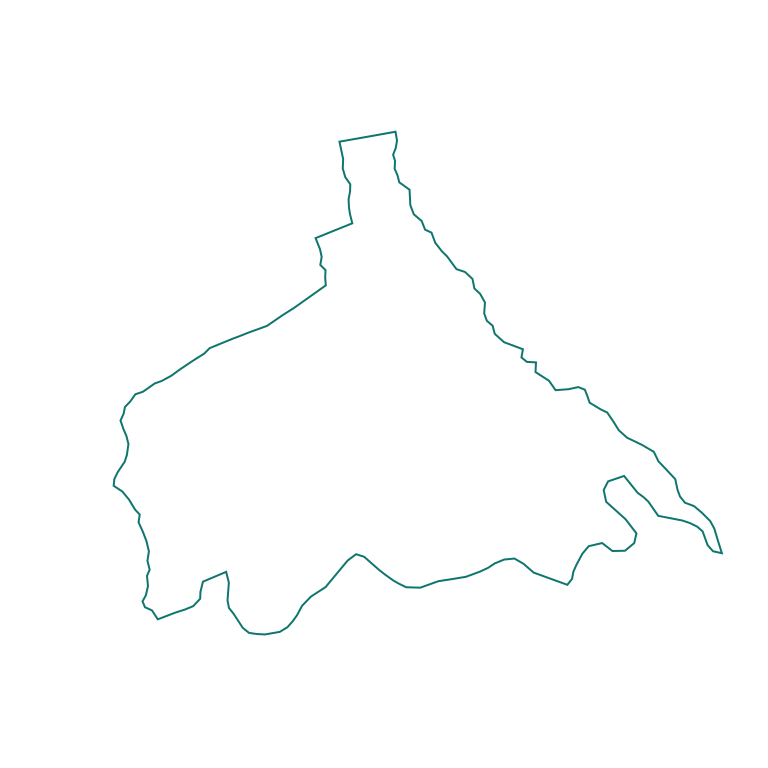 the district of Ibiporã, Paraná, Brazil, rotated 76°
{"feature_id": "56859067B81750703494114", "entity_name": "Ibiporã", "entity_type": "district", "adm_level": 2, "iso_a3": "BRA", "parent_name": "Brazil", "parent_adm1": "Paraná", "projection": "mercator", "projection_center": [-51.033, -23.227], "detail": "fine", "context": "isolated", "style": "outline", "palette": "teal", "viewbox_px": 768, "rotation_deg": 76, "n_neighbors": 0, "source": "geoboundaries", "source_scale": "gbopen_adm2", "svg_char_len": 2442}
<svg xmlns="http://www.w3.org/2000/svg" viewBox="0 0 768 768"><g transform="rotate(76 384 384)"><path d="M595.8,568.0L598.2,560.1L599.3,545.1L596.6,536.5L592.1,530.0L587.3,524.3L579.4,517.2L572.6,506.3L566.9,489.8L546.5,462.0L542.4,452.3L546.8,445.1L563.4,433.6L568.9,429.3L576.8,422.6L581.4,417.8L586.6,411.6L590.4,398.1L588.5,379.0L589.7,365.8L590.9,351.2L589.3,336.5L587.6,327.6L584.9,320.0L583.4,309.9L584.9,299.7L592.1,292.2L603.2,284.4L623.2,254.7L618.6,248.7L612.0,245.7L606.3,241.3L596.6,232.5L590.9,224.6L591.1,210.8L601.3,202.8L604.1,190.5L598.9,179.7L590.0,175.2L573.7,182.3L552.1,196.9L540.0,196.5L532.7,190.1L531.3,173.3L551.0,164.2L556.5,159.6L562.0,156.0L578.3,149.8L588.5,127.8L592.8,121.0L598.2,114.6L604.1,110.5L618.6,109.0L625.9,105.2L629.9,97.1L618.4,97.8L604.1,98.5L595.8,100.7L585.8,106.7L577.5,112.7L572.0,120.7L564.8,124.0L557.6,124.8L546.8,124.4L537.8,129.4L525.4,136.4L515.1,138.6L510.2,143.6L505.4,148.5L495.0,161.1L485.8,167.3L475.7,170.6L465.7,174.3L460.9,180.0L451.9,189.0L444.7,189.6L438.1,190.5L434.0,196.2L433.7,206.2L431.5,219.0L420.8,223.1L409.1,234.1L399.8,231.3L397.1,240.0L391.5,244.2L383.9,240.8L372.5,257.4L362.1,264.4L353.8,264.5L347.6,268.9L339.7,269.7L329.3,266.3L319.8,268.9L313.2,273.2L303.5,272.7L294.9,278.3L290.1,285.9L275.5,291.9L269.3,295.7L259.4,300.1L248.6,301.3L244.2,306.8L235.0,308.0L226.6,314.0L216.9,315.2L201.7,312.2L192.0,320.4L184.7,320.4L177.7,321.6L170.2,319.3L163.8,319.7L157.8,315.5L151.0,312.5L142.0,311.8L138.1,368.6L155.8,369.2L165.0,371.9L174.1,371.5L182.0,368.4L188.9,370.3L196.2,373.7L204.4,375.3L211.0,375.9L220.4,375.9L225.9,415.1L237.6,413.5L245.5,413.7L253.1,417.0L259.3,413.2L266.9,415.4L274.2,416.6L288.3,452.6L292.7,465.8L299.3,483.5L301.3,502.7L302.7,513.2L303.5,520.2L307.0,544.4L311.0,551.1L314.1,560.5L316.7,568.0L320.7,579.0L324.5,588.3L327.3,599.2L328.0,606.3L333.2,619.8L333.8,627.7L339.7,634.6L343.6,640.9L349.8,643.8L355.7,648.5L365.0,647.7L372.2,646.5L380.4,646.5L390.8,650.7L396.7,654.4L405.3,663.9L411.1,668.7L417.4,670.9L425.0,663.9L434.4,659.4L445.7,655.9L451.6,652.6L458.8,655.6L469.2,653.7L478.9,652.5L489.5,652.6L498.3,656.3L507.5,656.3L512.9,660.4L523.0,661.9L531.3,666.1L536.5,670.9L542.8,669.9L547.5,663.9L557.6,660.4L555.4,642.4L554.7,632.0L553.4,622.9L547.9,614.3L541.3,612.4L532.0,607.5L528.1,582.6L539.3,582.6L556.1,588.2L563.8,588.6L570.4,585.6L586.5,580.0L592.8,575.2L595.8,568.0Z" fill="none" stroke="#0f766e" stroke-width="2"/></g></svg>